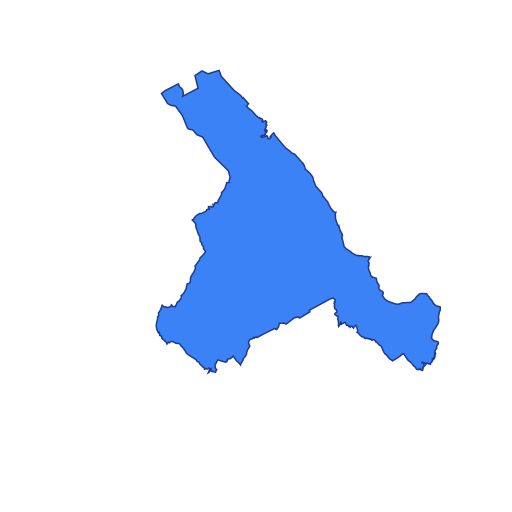 outline of Gura Vitioarei, Prahova, Romania, rotated 146°
{"feature_id": "2599482B61125475068654", "entity_name": "Gura Vitioarei", "entity_type": "district", "adm_level": 2, "iso_a3": "ROU", "parent_name": "Romania", "parent_adm1": "Prahova", "projection": "orthographic", "projection_center": [26.028, 45.151], "detail": "fine", "context": "isolated", "style": "filled", "palette": "blue", "viewbox_px": 512, "rotation_deg": 146, "n_neighbors": 0, "source": "geoboundaries", "source_scale": "gbopen_adm2", "svg_char_len": 6107}
<svg xmlns="http://www.w3.org/2000/svg" viewBox="0 0 512 512"><g transform="rotate(146 256 256)"><path d="M239.3,443.9L243.5,443.6L244.0,431.7L242.1,428.3L238.9,425.3L238.5,413.5L241.2,400.7L240.9,399.0L237.8,395.7L237.3,389.7L233.7,384.5L235.1,361.0L231.3,342.1L233.4,335.8L236.0,333.6L237.0,331.9L239.1,333.2L243.8,329.5L246.5,328.4L249.0,327.9L250.5,326.0L256.5,323.0L257.9,321.6L260.2,323.0L262.1,321.9L262.7,322.9L263.1,322.5L263.5,320.9L264.4,320.7L265.2,321.2L265.5,322.2L267.8,323.5L268.1,323.3L268.4,320.9L268.6,320.8L269.6,321.7L271.0,321.9L271.3,321.3L273.5,321.2L277.4,321.7L278.6,322.7L282.7,322.9L285.7,322.2L286.6,321.4L288.7,321.5L287.9,316.3L289.2,314.5L290.2,311.9L290.4,310.3L291.5,306.9L291.8,303.4L294.0,299.6L293.7,297.6L294.5,295.6L294.4,293.2L295.5,291.3L295.4,287.7L300.7,286.1L303.4,285.7L305.2,284.2L312.3,281.7L312.4,280.8L313.2,279.6L316.7,277.3L319.0,276.5L322.1,274.9L324.9,271.4L326.7,270.8L328.7,271.3L331.0,269.3L332.0,268.0L333.8,267.2L334.6,266.3L336.0,266.0L337.3,265.3L340.2,265.1L340.7,263.8L341.8,262.8L343.3,262.4L344.3,261.7L346.9,261.8L351.2,259.1L353.2,260.7L353.6,261.2L353.2,262.0L353.5,262.8L354.5,262.0L356.5,262.1L358.5,263.1L359.5,264.6L360.2,264.6L360.7,265.2L361.3,267.7L365.3,264.7L368.7,263.3L370.1,261.0L371.8,260.4L373.0,258.6L376.4,255.6L378.1,253.4L379.2,250.8L379.9,247.0L379.1,247.2L378.9,246.7L379.4,245.3L380.3,244.0L379.2,242.6L380.1,240.5L378.6,234.7L379.0,232.8L376.9,233.5L376.4,232.5L374.6,232.7L373.0,231.8L371.1,228.3L368.9,226.5L368.4,225.6L368.5,223.2L368.0,221.8L367.8,219.9L367.8,215.5L368.1,214.8L367.4,212.1L363.5,203.3L363.9,202.1L362.7,199.6L363.0,198.4L362.8,197.2L361.9,192.9L361.4,192.2L362.0,190.9L360.2,190.5L359.9,189.8L359.2,189.4L358.5,189.7L357.7,189.6L357.1,188.3L357.5,187.9L358.0,188.1L358.4,187.5L360.8,185.9L359.8,185.9L357.8,187.1L356.6,187.2L357.5,186.4L357.2,185.7L357.5,185.4L354.5,182.3L352.7,183.6L352.1,183.7L352.4,185.1L352.2,186.1L351.0,188.4L345.8,191.3L341.3,185.7L339.6,184.6L338.5,185.1L337.2,186.5L335.0,185.3L332.7,185.4L331.0,185.9L330.7,179.4L330.0,177.5L329.7,174.3L328.9,175.1L324.6,177.1L324.3,177.8L323.8,178.1L320.8,178.8L318.6,180.0L317.7,181.2L315.7,182.8L311.9,184.5L311.4,185.2L311.0,187.3L310.3,188.9L307.6,190.3L305.1,189.3L303.5,189.9L303.3,188.9L301.1,188.9L301.1,188.2L300.7,187.8L293.2,187.1L280.8,185.4L280.6,184.1L280.0,183.4L276.9,184.7L274.2,187.1L269.8,184.4L269.6,183.2L269.0,182.7L258.3,183.4L257.8,182.8L255.5,182.3L255.1,181.1L254.4,180.1L242.5,179.6L242.2,181.2L218.4,178.9L215.8,178.0L214.9,176.3L215.0,175.3L215.6,174.6L216.3,174.5L216.3,173.6L217.6,173.3L217.9,173.0L217.8,172.2L218.9,170.6L219.3,170.5L219.4,169.6L220.0,168.9L220.1,168.0L219.4,167.0L219.7,166.5L219.5,165.6L219.7,165.0L220.5,164.2L222.2,164.3L223.3,163.6L222.6,161.1L222.0,160.6L221.7,159.4L223.4,158.3L224.4,155.3L226.4,152.6L226.8,151.3L224.4,152.4L222.2,154.5L223.4,151.7L219.1,151.2L219.7,148.0L219.5,147.5L218.6,147.3L217.9,146.5L218.5,145.7L217.9,145.4L217.8,144.1L216.4,144.6L215.7,144.4L215.5,141.7L213.7,142.6L211.8,142.6L213.3,137.5L213.9,136.6L215.0,136.1L214.0,134.5L214.3,133.0L213.9,132.2L213.9,131.6L213.2,129.6L212.2,128.9L212.0,127.1L211.4,126.7L211.2,126.1L210.4,126.2L209.2,124.5L207.8,123.8L208.0,122.9L206.8,122.3L207.1,121.7L207.0,121.3L205.8,121.1L204.7,120.1L204.5,118.8L204.8,118.0L204.1,116.8L203.7,113.6L202.6,111.2L203.8,105.0L203.8,102.5L203.3,101.7L202.7,95.8L202.1,94.9L201.5,92.7L195.2,92.4L189.7,92.7L188.2,92.4L188.3,84.8L186.9,80.2L186.8,76.9L186.2,75.3L186.2,72.4L185.1,71.0L182.9,70.9L183.4,70.0L182.1,68.1L181.5,68.2L181.3,68.8L180.4,69.2L180.3,70.0L177.0,70.8L178.1,71.1L177.6,71.3L177.7,72.0L177.0,72.6L177.5,74.4L178.0,74.8L177.5,75.1L176.2,73.5L175.5,71.9L174.7,71.4L174.0,71.6L173.5,70.4L172.3,69.8L172.4,69.2L172.0,68.7L171.7,69.3L168.6,70.2L167.9,71.3L166.8,70.9L165.6,71.4L166.4,71.7L166.7,72.2L165.1,72.1L163.4,72.9L163.4,73.2L164.5,73.1L162.1,74.4L162.4,74.8L161.7,75.1L162.0,75.5L161.4,75.5L161.3,76.4L160.3,77.6L158.2,78.2L156.4,80.3L153.9,81.3L153.0,82.7L153.9,84.2L156.0,86.3L156.5,89.6L153.8,92.6L150.8,94.7L143.7,97.7L141.6,99.1L140.0,101.1L138.9,103.4L134.9,107.4L133.9,107.7L131.7,110.8L134.4,113.9L135.2,116.1L135.4,118.5L135.0,120.2L135.5,123.8L135.4,125.7L135.8,127.3L135.6,129.0L136.0,129.6L139.9,132.5L141.7,133.1L145.8,132.5L148.3,131.5L152.3,131.0L153.8,131.1L161.0,135.4L164.6,136.3L166.9,137.9L171.8,144.4L173.3,148.3L173.4,152.6L172.5,152.9L170.9,154.5L171.0,156.1L171.9,157.2L172.5,160.2L172.2,160.9L171.0,161.9L170.3,163.0L170.4,165.6L169.7,168.4L168.7,170.1L171.0,173.2L171.7,173.6L171.8,174.0L171.5,174.5L171.8,175.6L170.9,177.9L170.4,180.9L169.7,182.8L168.5,184.7L167.5,185.0L167.1,186.3L166.2,186.8L166.1,189.1L162.4,190.8L163.3,190.9L162.6,192.0L164.6,193.9L165.7,194.2L168.2,197.1L170.3,198.4L171.2,199.6L172.0,199.6L174.6,204.4L175.2,206.9L177.2,211.6L177.7,214.4L174.1,224.0L173.1,224.3L172.4,225.7L171.8,231.0L170.2,235.2L171.1,235.9L169.3,242.3L166.7,246.6L165.4,247.5L166.0,247.8L166.8,249.6L167.3,254.1L166.8,258.6L166.3,260.4L166.9,265.8L166.8,267.4L167.1,267.6L166.2,271.9L167.4,280.6L166.0,286.6L164.8,289.8L165.0,294.1L166.5,300.8L165.3,304.4L165.6,305.4L165.2,305.7L166.9,318.3L167.7,320.0L168.9,321.6L169.1,323.5L171.2,329.7L172.7,345.1L172.4,348.1L173.6,348.1L177.5,347.0L177.5,346.7L176.6,346.7L177.0,346.1L179.6,345.8L180.2,346.7L179.7,348.7L179.7,349.7L183.0,350.3L183.9,350.9L184.7,350.8L185.2,352.3L183.8,352.6L181.8,351.5L180.1,351.7L179.9,352.5L178.2,352.6L178.1,353.3L176.8,353.4L176.9,355.5L178.0,355.3L178.4,354.4L178.7,354.6L178.6,355.3L177.3,355.9L177.0,356.7L175.6,357.1L175.2,358.1L174.0,358.3L173.6,359.1L174.0,360.2L172.3,361.0L172.2,361.4L172.5,362.8L175.9,363.5L175.9,364.0L174.7,364.2L174.9,365.0L174.2,365.6L174.5,366.7L175.3,367.5L175.9,369.0L176.5,369.1L177.4,372.5L178.4,379.2L179.7,382.9L180.0,385.5L177.0,386.4L178.1,394.4L178.7,394.3L179.0,397.8L181.6,405.7L184.1,422.8L184.3,424.4L182.8,430.5L193.9,433.9L197.3,439.7L205.7,439.7L210.2,427.5L227.4,429.4L225.2,431.6L223.9,434.7L224.0,436.9L224.8,438.8L224.1,442.2L239.3,443.9Z" fill="#3b82f6" stroke="#1e3a8a" stroke-width="1.5"/></g></svg>